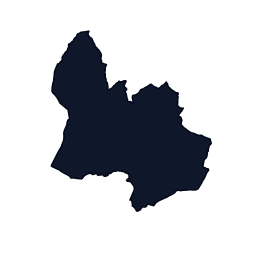 Wanging'ombe, Njombe, United Republic of Tanzania, rotated 295°
{"feature_id": "72390352B33528420406675", "entity_name": "Wanging'ombe", "entity_type": "district", "adm_level": 2, "iso_a3": "TZA", "parent_name": "United Republic of Tanzania", "parent_adm1": "Njombe", "projection": "mercator", "projection_center": [34.635, -9.053], "detail": "fine", "context": "isolated", "style": "filled", "palette": "ink", "viewbox_px": 256, "rotation_deg": 295, "n_neighbors": 0, "source": "geoboundaries", "source_scale": "gbopen_adm2", "svg_char_len": 5781}
<svg xmlns="http://www.w3.org/2000/svg" viewBox="0 0 256 256"><g transform="rotate(295 128 128)"><path d="M154.5,37.3L153.2,37.2L148.8,37.5L146.9,38.0L143.4,39.3L138.0,41.0L136.8,41.0L135.4,41.5L134.6,41.5L133.3,42.0L132.7,42.1L131.6,42.7L129.9,43.2L129.4,43.5L128.8,44.1L128.2,44.9L128.2,45.1L128.0,45.3L127.5,46.7L127.1,47.9L125.7,50.6L123.7,53.6L122.2,55.3L121.8,56.0L119.2,66.0L111.3,71.3L109.8,70.2L107.1,70.5L105.4,71.4L104.9,71.1L103.6,71.3L99.0,71.4L96.4,71.9L93.6,73.4L90.1,74.8L87.5,75.1L84.8,75.1L83.8,75.6L83.3,75.5L77.1,74.9L61.7,74.4L61.1,74.7L60.9,76.4L61.0,78.2L60.9,80.4L61.0,83.8L60.5,84.9L60.2,88.3L60.0,89.7L60.1,91.8L59.6,95.6L59.4,96.8L58.6,97.0L58.9,98.3L59.7,99.4L60.7,103.1L62.2,107.3L63.1,107.9L65.4,108.3L67.4,109.3L69.4,110.8L71.1,113.0L71.4,113.5L71.0,114.6L70.9,115.5L71.6,116.7L73.0,117.8L73.1,118.1L73.2,118.8L73.5,119.2L73.4,119.8L72.5,120.3L73.0,121.8L73.6,122.3L73.9,123.1L74.1,123.5L74.7,123.7L74.9,125.1L74.5,125.8L74.3,126.8L74.6,127.9L75.6,128.7L76.0,129.3L76.6,129.8L77.7,129.5L78.1,129.4L78.7,130.3L79.2,130.6L79.4,131.4L81.7,132.2L81.7,132.6L82.7,133.1L83.3,134.4L83.5,134.6L83.6,135.3L85.1,136.3L85.3,136.5L85.2,137.8L85.6,138.1L85.5,138.5L85.8,139.4L86.1,139.6L86.2,140.2L86.0,141.0L86.9,142.2L86.3,144.0L86.6,146.5L86.0,148.7L84.0,149.7L82.8,150.2L81.4,149.2L80.6,149.2L80.1,148.8L79.7,149.0L79.5,149.8L80.5,153.1L79.0,155.6L78.3,157.0L77.4,158.3L76.5,159.0L74.5,159.8L63.7,160.2L63.9,161.3L63.4,162.1L62.2,163.4L59.3,164.9L59.2,164.9L59.0,166.5L58.2,168.3L57.4,169.7L57.2,169.8L56.4,171.0L56.7,171.7L58.0,173.0L59.4,173.8L60.4,173.8L62.3,174.4L63.0,174.9L63.1,176.0L63.9,177.2L64.9,177.8L67.4,177.9L67.6,178.2L67.8,180.3L68.4,184.0L69.5,184.4L72.2,184.8L72.9,185.4L75.0,186.6L80.9,191.6L81.5,192.3L84.1,194.0L85.8,195.5L86.3,195.8L87.7,196.9L88.5,197.2L89.0,197.6L92.0,198.5L92.8,199.9L93.7,202.7L94.6,203.7L96.4,207.3L98.2,210.0L99.1,212.7L100.7,215.8L102.7,217.3L104.7,217.4L107.9,217.9L111.9,218.0L114.8,218.4L121.2,218.3L123.8,218.9L124.7,218.2L124.8,217.6L124.4,216.7L124.3,215.8L124.5,215.1L124.5,214.4L124.1,213.5L124.2,213.0L125.8,211.7L126.7,211.5L127.8,211.4L128.4,211.1L130.2,210.7L131.9,210.5L133.4,211.3L134.2,211.5L134.3,211.5L134.5,211.2L135.0,211.4L135.7,211.5L136.0,211.4L137.1,210.9L137.5,211.0L138.0,210.6L138.5,210.5L139.4,210.1L139.8,210.0L140.6,210.5L143.5,209.6L146.0,209.1L146.5,209.1L147.1,209.3L148.3,209.8L148.9,209.9L149.3,209.9L150.2,209.1L150.8,208.8L151.2,208.2L151.7,207.9L152.8,206.9L152.4,205.0L152.1,200.9L152.1,200.5L152.4,199.4L152.2,198.4L152.5,197.5L151.9,196.8L151.5,195.9L151.0,194.1L151.1,193.1L150.9,192.0L151.0,191.0L150.9,190.1L151.0,189.6L150.6,188.7L150.4,187.9L150.5,185.7L150.9,183.2L150.9,182.5L151.2,182.3L152.0,178.2L152.7,176.7L153.0,175.7L154.0,174.3L155.5,174.0L155.9,173.8L156.2,173.9L156.5,173.6L157.1,173.7L157.8,173.5L158.2,173.0L158.5,172.9L158.6,172.5L159.6,171.9L159.9,171.6L160.2,170.4L160.1,170.2L160.3,169.0L160.4,168.6L160.7,168.4L163.6,168.8L166.0,169.5L167.5,169.5L169.2,169.8L169.3,169.7L168.7,168.5L168.3,166.6L168.7,164.4L169.6,163.5L169.9,162.9L171.2,162.6L172.8,162.0L175.2,160.8L176.5,160.6L177.0,160.1L177.5,160.1L177.7,159.6L177.9,159.5L178.2,159.0L178.9,158.9L179.6,159.3L180.8,158.6L180.9,158.2L180.2,156.5L180.2,155.9L180.8,155.6L180.5,155.6L180.5,154.5L180.8,153.5L181.1,151.4L181.6,149.7L182.0,148.9L182.0,147.9L183.1,146.4L184.4,145.2L184.7,145.2L185.0,144.4L185.8,143.3L182.8,142.3L182.0,142.2L181.7,142.0L181.0,140.9L179.6,140.4L178.3,140.2L177.6,139.8L177.7,139.6L177.3,139.1L176.4,139.0L176.3,138.3L176.8,136.0L176.4,135.0L176.2,135.0L176.8,133.2L177.4,130.3L176.8,129.7L174.1,128.2L170.9,125.8L170.1,125.5L169.3,124.7L169.0,124.1L168.5,123.7L167.3,123.2L165.3,123.2L163.8,122.6L162.8,121.9L161.8,121.5L161.3,121.0L161.2,120.7L160.5,120.3L160.3,120.0L159.9,118.9L159.4,118.6L158.3,118.7L157.7,118.9L157.0,119.3L155.9,120.2L154.1,121.4L153.3,121.7L152.8,121.6L152.7,120.5L153.0,119.2L152.6,118.3L151.9,117.4L152.0,116.8L152.3,116.3L153.7,115.5L154.5,114.5L156.3,113.3L158.5,111.7L159.1,110.6L159.5,110.1L159.9,110.2L160.8,110.0L161.1,110.0L161.9,110.6L162.7,110.3L163.1,109.9L163.5,108.8L164.1,107.0L164.4,106.8L165.7,106.5L166.6,106.6L167.5,106.4L169.2,106.6L169.5,106.5L169.8,105.9L169.0,104.3L167.1,102.6L166.6,101.5L166.5,101.1L166.6,100.1L165.8,100.0L164.8,99.5L163.6,98.5L161.5,98.1L159.9,97.1L157.8,96.9L157.3,96.5L156.6,95.9L156.0,95.7L155.5,95.0L154.6,94.2L154.4,93.2L156.9,92.4L158.6,91.1L159.2,90.9L160.5,89.7L160.7,89.0L161.4,88.2L161.9,87.8L162.9,87.5L163.3,87.2L164.6,85.8L165.1,85.4L165.6,85.1L165.8,85.3L166.9,84.8L167.1,84.4L167.5,84.4L168.1,83.8L168.8,83.3L169.8,83.2L172.0,82.4L172.6,81.9L173.1,81.7L173.5,81.8L175.0,81.7L175.6,81.8L176.1,81.8L176.2,81.6L176.3,80.8L176.0,79.1L176.0,78.3L175.7,77.5L175.8,76.8L178.2,75.2L178.6,74.7L179.3,74.0L180.9,73.7L181.9,73.3L182.2,73.1L182.5,73.2L183.0,73.0L184.3,71.7L185.4,70.0L186.0,69.3L187.1,66.3L187.7,65.5L187.7,64.3L188.6,63.2L189.6,62.6L191.2,60.2L193.6,57.6L193.9,57.1L193.8,56.7L193.7,56.6L194.2,55.5L193.9,54.7L194.7,53.9L195.2,53.0L195.8,52.3L197.2,51.7L199.2,51.8L199.6,52.0L199.3,51.7L196.3,47.3L195.0,45.0L192.4,43.4L192.5,43.0L192.3,42.8L191.8,42.7L191.4,42.4L189.1,42.7L188.2,42.5L187.9,42.0L186.3,41.6L185.1,41.4L184.4,41.5L183.4,41.5L182.5,40.8L181.7,40.4L180.7,40.3L180.4,40.2L179.7,39.7L179.2,39.0L178.8,38.9L178.3,39.0L177.7,39.1L177.2,40.0L176.5,40.0L176.0,39.9L175.6,40.2L175.5,39.9L175.3,40.0L174.1,39.9L173.8,40.1L173.7,40.1L173.2,40.3L172.6,40.1L172.5,40.4L172.1,40.5L171.7,40.0L170.6,40.0L170.4,39.9L170.4,39.3L167.9,39.0L166.2,38.5L165.9,38.5L164.3,38.5L163.7,38.7L162.4,39.4L161.6,39.5L159.9,39.2L159.3,38.8L158.7,38.6L157.9,38.7L157.5,38.6L157.1,38.3L156.9,37.7L156.5,37.4L155.9,37.1L154.5,37.3Z" fill="#0f172a" stroke="#020617" stroke-width="1.5"/></g></svg>